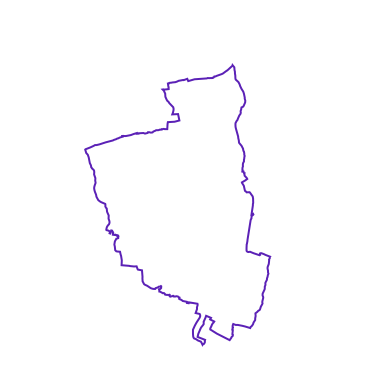 the district of Dragomiresti, Bacau, Romania, rotated 27°
{"feature_id": "2599482B49299083391810", "entity_name": "Dragomiresti", "entity_type": "district", "adm_level": 2, "iso_a3": "ROU", "parent_name": "Romania", "parent_adm1": "Bacau", "projection": "equal_earth", "projection_center": [27.362, 46.63], "detail": "fine", "context": "isolated", "style": "outline", "palette": "violet", "viewbox_px": 384, "rotation_deg": 27, "n_neighbors": 0, "source": "geoboundaries", "source_scale": "gbopen_adm2", "svg_char_len": 6057}
<svg xmlns="http://www.w3.org/2000/svg" viewBox="0 0 384 384"><g transform="rotate(27 192 192)"><path d="M298.8,240.0L298.6,239.4L298.6,236.3L298.0,234.8L297.9,233.6L297.3,231.5L297.2,230.1L296.3,229.2L295.4,227.5L294.2,226.1L293.7,225.2L293.4,224.2L293.1,221.3L291.8,217.9L291.4,217.5L291.3,217.2L291.4,215.9L291.1,215.1L290.7,214.6L290.8,214.2L286.0,214.7L284.5,214.7L281.7,215.0L281.2,215.2L280.5,215.9L280.9,216.9L281.2,217.1L281.0,217.6L280.3,217.6L280.1,217.8L274.6,218.6L270.8,218.9L269.7,219.8L268.6,220.1L267.7,219.9L267.1,219.3L265.9,216.9L264.5,213.8L264.5,213.4L263.7,210.7L263.1,209.2L257.0,190.4L256.9,189.3L257.0,188.7L256.2,186.8L256.1,186.3L256.7,185.0L256.9,184.2L256.4,183.8L256.1,184.5L255.3,185.2L252.4,176.5L251.7,175.0L251.5,174.0L249.4,170.1L248.1,168.4L243.7,166.1L243.3,166.1L240.8,167.5L240.0,167.1L238.9,167.0L238.3,166.5L235.9,163.6L235.3,162.9L232.6,161.3L232.1,160.8L234.2,157.5L235.3,155.3L234.3,154.6L231.5,153.6L230.5,152.1L230.4,151.8L230.2,152.0L228.5,150.3L228.1,150.5L227.6,151.0L227.5,150.9L227.0,149.3L226.7,149.1L226.0,147.5L225.7,145.9L225.1,145.0L224.6,143.8L224.4,143.1L224.4,141.1L223.6,139.6L223.5,138.9L222.7,136.8L222.6,136.0L221.7,135.1L221.0,133.8L219.9,132.4L219.4,132.2L218.3,131.0L217.9,130.3L215.1,128.3L211.8,126.9L211.3,126.4L210.4,124.9L208.7,122.9L207.9,121.6L202.3,115.5L201.3,114.3L200.2,112.4L199.5,110.9L199.5,108.6L199.8,107.2L199.6,105.7L199.4,102.3L199.7,100.7L199.7,100.2L199.4,99.1L198.8,98.3L198.5,97.5L198.4,96.4L197.7,94.2L198.7,92.9L198.9,92.5L198.9,91.1L198.7,88.1L198.0,86.4L196.6,84.9L196.1,83.9L193.6,80.8L192.1,79.3L189.4,77.7L187.0,75.9L185.6,74.5L183.5,73.0L180.0,72.0L179.6,71.7L179.0,70.9L177.6,68.4L176.6,67.1L175.6,65.3L174.5,64.0L173.1,61.7L170.6,60.6L170.7,61.0L170.6,61.4L168.2,67.8L167.9,68.1L165.7,72.5L164.9,73.5L161.1,77.5L160.5,78.4L159.5,78.9L159.4,79.0L159.4,79.9L158.5,80.8L158.6,81.1L155.3,82.9L154.3,83.3L153.6,84.1L143.1,90.4L138.3,94.9L136.4,93.3L133.8,96.1L133.4,96.1L129.5,99.1L128.8,100.1L127.3,101.7L124.8,103.3L123.8,104.1L122.6,104.8L122.1,105.3L122.2,105.7L121.3,106.3L122.9,108.6L123.2,108.8L123.7,109.4L123.8,109.9L124.3,110.5L124.5,110.9L120.9,113.3L120.0,113.5L119.3,114.0L121.1,114.6L122.6,115.9L123.3,116.3L125.1,119.3L127.7,121.4L128.9,122.1L129.9,122.2L131.4,123.1L136.8,125.0L137.8,126.2L138.4,127.5L139.0,130.0L139.2,131.8L144.2,128.9L148.3,134.0L144.6,137.3L138.8,140.7L139.3,142.4L141.4,147.2L139.1,148.4L138.4,148.5L137.6,148.9L137.0,149.8L136.3,149.9L136.2,150.5L134.8,151.2L134.5,151.7L133.8,152.3L131.9,153.3L131.6,153.9L130.1,155.7L129.8,156.8L129.6,157.0L128.3,157.8L126.6,158.2L125.6,158.8L125.7,159.5L123.6,161.3L121.9,161.5L117.5,164.1L117.7,164.4L116.3,165.2L116.0,164.6L113.7,166.8L111.7,169.0L110.7,169.8L107.5,172.3L106.9,172.5L106.3,172.9L105.5,173.1L104.5,173.7L105.1,174.2L102.8,176.4L102.0,177.6L101.1,178.3L100.6,179.2L98.8,181.0L98.1,182.0L92.6,186.9L88.0,191.5L85.8,193.4L84.3,194.2L83.4,195.6L81.1,198.5L77.7,202.3L77.6,202.7L80.1,205.3L82.2,206.1L84.2,208.0L87.9,212.7L89.8,214.1L91.1,215.8L91.6,215.9L92.2,216.4L94.2,216.9L95.1,217.5L95.9,218.7L96.8,220.8L99.6,223.5L100.6,225.8L101.8,227.4L102.0,227.9L102.3,230.3L102.7,232.1L103.3,233.4L104.3,234.7L105.3,235.8L107.8,238.0L109.0,239.6L112.2,241.8L114.2,242.2L115.5,242.3L120.1,242.0L120.8,242.9L121.2,244.0L122.3,245.0L123.5,245.4L125.1,247.9L125.8,248.6L128.4,250.7L129.8,253.7L131.5,255.3L132.2,256.3L132.5,257.0L132.6,257.5L132.7,258.5L132.2,260.1L132.1,261.9L132.2,262.5L132.7,264.4L133.1,264.8L134.7,264.4L136.4,264.4L137.1,265.0L137.3,266.2L138.0,266.1L137.5,262.9L138.4,262.7L139.2,263.4L139.4,263.4L139.7,263.6L140.2,264.6L140.4,264.5L140.9,266.0L143.4,265.1L143.3,264.8L144.7,264.6L144.8,264.9L145.0,265.0L145.4,264.3L145.8,264.3L146.3,264.6L146.6,264.9L146.5,265.7L147.0,266.1L147.2,266.6L146.5,267.4L145.8,267.9L145.7,271.0L146.7,274.1L147.9,275.5L150.0,278.7L151.4,279.2L152.3,279.0L155.0,277.9L156.6,279.9L157.8,281.1L160.5,284.8L162.5,289.2L169.6,286.3L170.5,286.1L174.1,284.7L176.4,283.4L178.5,285.4L179.1,285.7L183.0,284.5L186.5,290.2L186.9,291.2L188.6,294.1L189.4,294.6L190.9,295.7L191.4,295.9L192.4,296.0L194.7,295.9L199.0,296.4L200.9,296.1L202.3,295.6L203.3,295.0L203.2,294.2L204.9,292.5L205.1,292.0L205.4,291.4L206.5,290.8L207.0,289.9L207.4,290.0L208.1,291.6L207.8,292.7L206.8,293.7L208.0,295.1L208.1,295.5L209.0,295.3L212.1,295.4L212.6,294.9L213.0,294.8L214.1,295.1L214.5,295.6L215.6,295.4L218.2,294.2L218.6,293.7L218.8,293.7L218.9,293.8L219.2,294.8L219.6,295.1L220.2,295.1L220.7,294.5L221.3,294.2L222.2,293.1L222.5,293.0L222.7,293.3L223.0,293.4L223.5,293.3L224.6,292.7L225.3,292.0L226.9,291.5L227.9,291.8L228.8,291.7L229.0,292.0L229.0,293.0L230.3,293.1L231.5,292.9L233.2,293.3L237.2,292.2L237.8,293.2L239.6,292.6L239.6,292.4L239.2,291.9L240.4,291.5L240.3,291.4L247.6,289.1L248.3,290.0L248.8,292.6L249.6,294.0L250.2,298.2L254.2,297.2L255.2,298.0L255.6,298.8L255.8,299.3L255.9,300.6L255.3,306.2L255.2,309.7L255.4,314.3L257.3,318.0L258.6,320.1L259.1,320.7L259.7,321.2L260.4,321.5L262.2,321.3L264.8,321.6L267.8,321.3L268.7,321.8L270.8,323.4L270.9,322.6L271.6,321.9L271.7,320.7L271.6,319.8L271.0,318.8L270.8,317.8L262.8,318.6L262.6,318.0L262.0,315.4L261.6,309.4L261.7,308.1L262.2,305.8L262.4,304.6L261.9,303.4L261.3,302.4L261.1,298.1L260.8,295.9L266.1,295.5L266.0,297.3L270.6,297.3L270.5,298.5L270.2,299.3L270.0,301.0L270.2,303.1L270.2,304.8L270.3,305.4L270.7,306.2L278.4,306.9L292.8,306.9L293.2,304.2L293.1,303.3L293.6,301.8L293.3,300.7L292.8,300.3L292.5,300.3L291.2,296.8L290.8,296.2L290.4,296.3L290.2,295.3L289.9,294.9L290.1,294.6L290.1,294.2L289.1,293.2L288.8,292.1L288.7,290.9L291.3,290.6L293.3,289.6L297.5,288.4L300.5,287.7L305.6,286.8L305.5,285.7L306.0,284.6L306.3,283.2L306.4,281.9L306.1,280.4L306.4,277.4L305.6,275.7L305.0,273.6L303.6,271.3L304.6,269.2L305.0,267.7L305.7,266.7L305.9,265.9L305.4,262.9L305.5,259.9L305.4,259.2L304.7,258.4L304.3,257.4L303.5,253.9L302.8,252.9L302.0,252.3L301.6,251.7L301.1,250.5L300.9,245.8L300.8,245.3L299.8,243.2L299.7,241.8L299.6,241.4L298.8,240.0Z" fill="none" stroke="#5b21b6" stroke-width="2"/></g></svg>